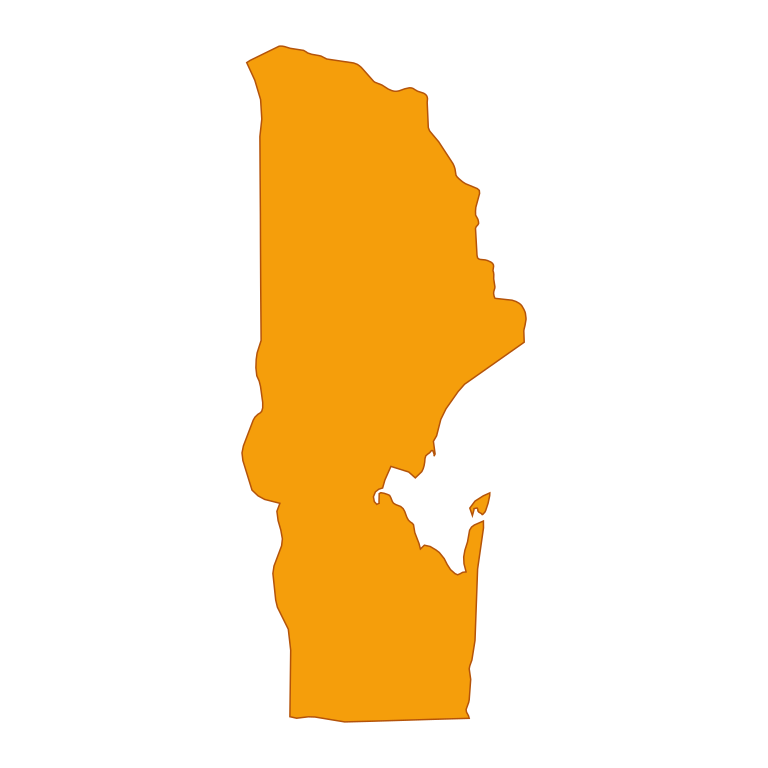 SVG path tracing the border of Maputo
{"feature_id": "MOZ-1927", "entity_name": "Maputo", "entity_type": "Province", "adm_level": 1, "iso_a3": "MOZ", "parent_name": "Mozambique", "parent_adm1": "", "projection": "mercator", "projection_center": [32.628, -25.536], "detail": "fine", "context": "isolated", "style": "filled", "palette": "amber", "viewbox_px": 768, "rotation_deg": 0, "n_neighbors": 0, "source": "natural_earth", "source_scale": "10m", "svg_char_len": 3211}
<svg xmlns="http://www.w3.org/2000/svg" viewBox="0 0 768 768"><path d="M289.9,716.7L290.7,650.3L288.3,629.2L277.4,607.2L275.7,600.0L272.9,573.5L274.0,566.0L281.6,545.8L282.4,538.9L280.8,530.0L278.1,520.6L276.9,511.3L279.9,503.3L264.6,499.4L258.0,495.8L252.0,490.1L242.9,460.6L242.0,452.9L243.4,445.9L253.2,420.2L255.0,417.1L257.9,414.3L260.2,412.9L261.7,411.3L262.7,407.9L262.7,402.4L260.5,386.4L259.2,381.1L256.8,375.8L255.9,367.8L256.2,359.5L257.1,353.0L261.1,340.5L260.7,285.3L260.5,244.8L260.4,214.5L260.1,171.8L259.9,136.5L261.8,119.1L260.6,99.6L254.8,80.2L246.7,62.6L250.3,60.3L279.1,46.2L280.8,46.1L282.6,46.2L284.7,46.6L290.2,48.3L303.6,50.4L306.5,52.1L307.5,52.9L311.7,54.3L319.1,55.6L321.1,56.1L326.7,59.0L353.7,63.0L357.4,64.4L359.4,65.8L361.3,67.4L373.7,81.4L375.0,82.3L381.9,85.0L388.3,89.1L391.8,90.6L394.1,91.2L396.1,91.3L397.7,91.1L399.2,90.8L404.8,88.8L409.4,87.8L411.2,87.9L412.7,88.3L413.8,88.9L414.8,89.6L417.6,91.2L423.4,93.1L424.7,93.8L426.1,95.0L426.9,96.2L427.3,97.5L427.5,98.6L427.2,102.4L428.3,127.5L428.8,128.9L429.3,130.2L429.9,131.3L438.7,141.8L453.0,163.7L454.1,166.1L455.0,168.9L456.0,175.2L457.1,176.9L458.9,178.7L462.4,181.7L465.5,183.7L477.3,188.6L479.3,190.4L479.6,193.4L475.8,207.4L475.5,211.2L475.6,215.1L477.9,219.3L478.5,221.8L478.6,223.5L478.0,224.6L477.2,225.6L476.4,226.4L475.8,227.5L475.5,228.5L477.0,255.3L477.6,257.9L478.7,258.9L480.0,259.4L485.1,259.9L487.4,260.5L490.8,262.0L492.5,263.3L493.4,264.8L493.6,266.3L493.2,269.0L493.0,270.1L493.1,271.1L493.5,272.2L493.8,274.5L493.7,278.9L494.9,286.7L494.8,288.1L493.8,291.4L493.7,292.3L493.6,293.5L494.0,295.8L494.8,298.1L495.7,298.4L512.1,300.2L516.0,301.5L519.2,303.3L520.8,304.6L521.9,305.9L523.9,309.4L525.0,311.9L525.4,313.3L526.0,318.1L526.0,319.6L525.0,325.4L524.0,329.5L523.8,330.9L524.2,342.2L464.6,384.2L458.1,391.6L446.0,408.8L440.8,419.4L436.6,435.8L433.4,441.3L435.1,454.0L434.0,456.2L434.2,454.8L433.7,453.0L432.8,450.6L431.4,450.6L429.7,452.7L427.6,454.2L425.8,455.8L425.0,458.5L424.7,462.1L424.1,465.6L423.2,468.7L421.8,471.6L415.3,477.9L408.7,472.0L390.9,466.4L384.9,480.0L382.6,488.0L378.8,489.2L375.4,491.9L373.4,496.8L374.3,501.6L376.8,504.4L379.2,503.2L379.0,502.0L379.2,493.6L380.8,492.7L384.2,493.3L387.7,494.5L389.6,495.4L390.7,497.4L392.4,501.6L393.5,503.2L395.8,504.6L400.7,506.5L403.1,508.6L404.7,511.4L406.8,517.2L408.4,520.1L410.4,522.0L412.2,523.2L413.5,524.7L414.8,532.6L419.0,543.5L420.4,549.0L424.4,545.2L430.2,546.5L435.9,549.9L439.3,552.5L444.2,558.6L447.2,564.5L450.5,569.6L455.0,573.6L457.6,574.8L460.0,573.8L462.7,572.3L466.1,571.9L464.0,563.8L463.7,557.0L464.9,550.2L467.5,542.0L469.6,530.2L471.5,527.1L474.3,525.0L483.4,521.0L483.5,527.9L477.6,569.0L475.0,640.5L471.9,660.0L469.8,665.8L469.2,668.8L470.7,679.4L469.2,699.8L468.7,702.3L466.1,709.5L466.5,712.1L468.5,715.8L469.2,718.3L433.6,719.3L401.3,720.3L371.6,721.2L344.7,721.9L331.8,719.8L315.0,717.0L308.3,716.8L296.6,718.2L289.9,716.7ZM472.4,515.6L469.8,508.1L475.0,501.1L483.3,495.8L489.8,492.9L489.7,495.7L488.1,503.2L485.7,510.5L484.9,512.1L482.8,514.4L482.2,514.6L481.4,513.6L478.8,512.1L477.9,510.9L477.8,509.2L477.0,508.0L474.0,508.6L474.0,509.7L472.4,515.6Z" fill="#f59e0b" stroke="#b45309" stroke-width="1.5"/></svg>